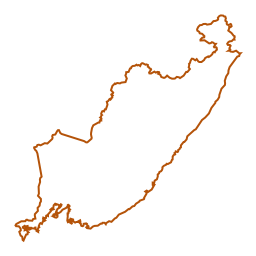 outline of Primor'ye
{"feature_id": "RUS-2611", "entity_name": "Primor'ye", "entity_type": "Territory", "adm_level": 1, "iso_a3": "RUS", "parent_name": "Russia", "parent_adm1": "", "projection": "orthographic", "projection_center": [134.86, 45.37], "detail": "fine", "context": "isolated", "style": "outline", "palette": "amber", "viewbox_px": 256, "rotation_deg": 0, "n_neighbors": 0, "source": "natural_earth", "source_scale": "10m", "svg_char_len": 5726}
<svg xmlns="http://www.w3.org/2000/svg" viewBox="0 0 256 256"><path d="M111.6,95.2L111.3,94.5L112.9,93.3L113.2,92.6L111.0,90.2L112.4,85.9L114.9,83.5L115.5,84.0L117.2,83.0L120.0,83.4L121.4,82.6L125.5,82.1L126.8,78.5L125.4,75.4L126.2,73.6L126.2,72.2L128.6,71.9L130.0,68.5L131.0,68.3L131.5,66.9L132.8,66.0L134.8,65.8L136.5,64.7L137.3,65.4L138.8,65.0L140.2,66.0L141.0,64.1L142.1,63.2L142.9,63.3L145.5,64.7L146.4,64.4L147.9,65.0L147.8,66.7L149.0,67.3L149.5,68.4L150.8,68.8L151.1,69.6L149.1,72.5L149.4,73.4L151.0,73.5L154.4,71.6L155.7,72.6L157.4,71.9L159.0,72.1L159.2,72.6L158.2,73.8L160.3,74.7L161.3,77.0L164.0,77.9L165.3,77.4L167.1,75.6L169.6,77.7L172.1,78.7L174.8,78.6L176.8,76.9L179.0,77.3L180.0,78.1L183.7,75.6L186.2,71.9L187.4,72.0L189.9,69.0L188.7,67.4L189.3,64.9L189.0,63.9L190.0,62.9L190.5,60.9L191.8,58.7L193.0,58.8L195.3,60.3L196.7,59.1L198.3,61.4L199.3,62.0L201.5,62.0L204.1,60.0L205.2,58.0L208.2,56.4L208.8,57.0L210.6,55.8L212.2,54.3L212.8,52.8L214.0,51.9L214.8,52.3L215.8,50.6L216.9,49.7L216.7,47.8L216.3,47.3L214.2,47.3L213.9,46.8L215.8,43.9L214.6,43.9L213.3,42.7L211.9,42.2L210.8,43.1L209.2,43.4L204.6,40.3L200.5,40.5L200.4,39.8L200.8,39.2L202.3,37.7L204.2,37.3L204.4,36.1L202.1,33.8L199.7,33.3L199.3,31.9L197.3,30.6L197.1,29.3L198.2,27.0L199.9,25.2L201.8,25.0L203.4,24.0L205.8,23.9L207.0,24.6L210.9,24.0L213.5,21.1L215.5,20.9L217.6,20.0L218.2,19.1L217.9,17.7L219.4,16.0L220.8,15.4L223.2,15.6L224.2,16.5L225.3,16.6L225.9,18.4L225.5,19.3L225.4,20.8L226.8,21.8L226.7,23.8L227.1,24.5L228.1,24.9L229.6,24.7L230.4,24.0L231.1,24.3L231.6,26.2L230.6,27.1L229.2,26.9L229.2,28.3L228.3,30.6L231.5,33.0L233.6,35.7L234.6,36.2L234.7,37.3L234.2,38.2L234.5,39.6L233.2,39.6L231.7,41.1L229.5,41.4L228.2,42.3L227.2,43.8L227.8,44.9L229.9,45.0L230.6,45.8L229.4,48.2L230.2,49.4L228.5,50.7L229.9,50.6L230.5,51.5L233.0,51.9L236.1,50.7L239.4,53.4L240.5,53.3L239.6,54.3L239.2,56.0L237.3,56.6L229.6,67.1L228.5,70.4L228.3,73.2L226.2,76.4L224.8,80.8L225.1,83.3L224.9,85.0L221.5,88.7L219.4,94.8L219.2,97.1L217.6,99.8L215.4,101.7L215.3,102.9L211.5,107.8L208.9,113.5L205.2,117.5L202.0,120.0L195.8,129.3L194.2,130.1L187.3,136.3L186.6,139.4L184.3,142.0L183.6,142.0L180.9,145.4L180.9,147.4L179.9,148.1L179.5,149.2L178.2,150.0L178.1,151.5L177.6,152.0L175.7,151.4L175.4,152.6L174.5,153.1L175.1,154.4L173.7,155.0L172.7,156.5L172.6,159.5L171.9,159.9L171.0,162.3L167.9,164.0L166.6,163.8L166.3,164.6L163.7,165.9L162.4,167.3L162.5,168.5L162.0,170.0L161.1,171.2L159.4,172.0L159.0,173.4L157.7,174.5L157.8,176.4L156.9,179.3L154.7,180.6L154.0,183.6L153.5,182.8L152.7,182.6L152.7,184.6L153.3,184.6L153.2,185.2L154.2,185.1L151.7,189.5L147.7,192.2L147.3,192.1L147.3,191.0L146.7,190.6L145.3,191.5L146.6,192.5L146.4,193.9L144.1,197.8L144.2,198.7L143.9,199.2L139.7,200.7L139.3,201.6L136.0,203.7L134.3,206.0L132.5,206.4L129.4,209.2L128.6,209.0L125.1,211.8L118.8,214.6L116.4,217.7L114.8,218.5L111.5,221.8L109.1,221.2L106.2,223.1L105.8,224.2L104.6,222.8L102.5,222.8L101.9,223.7L100.6,223.7L97.8,225.7L94.5,225.9L92.8,226.6L90.6,228.6L87.0,228.1L86.3,227.3L87.4,226.5L88.4,226.7L88.5,226.3L86.3,224.2L86.7,223.7L86.2,223.4L83.7,223.8L83.4,225.7L82.7,226.2L81.4,225.9L80.8,224.6L80.8,223.5L79.9,223.1L80.4,221.5L80.1,220.3L77.9,221.5L78.2,222.0L76.2,222.0L75.1,222.6L73.3,221.4L73.1,219.5L70.5,218.7L70.2,219.5L68.9,220.2L69.2,221.7L67.9,222.2L67.3,220.6L67.8,215.7L67.5,214.9L67.9,214.2L67.6,213.4L68.4,213.1L68.4,212.1L69.0,211.6L68.6,211.4L68.7,210.1L69.4,210.3L70.1,209.6L68.2,207.8L69.3,206.7L69.6,206.1L69.3,205.6L68.2,204.8L67.8,205.0L67.6,206.3L66.0,208.0L62.5,209.7L60.6,212.0L57.9,213.6L56.7,213.0L57.7,211.8L56.0,213.0L55.8,212.4L57.5,208.9L59.9,207.5L61.2,205.8L61.5,204.7L60.9,204.3L59.8,206.2L59.2,206.3L59.4,205.5L58.9,205.0L57.3,204.4L55.9,204.9L55.4,204.4L55.8,203.9L55.2,203.7L53.7,205.3L53.3,207.7L52.5,208.3L53.6,209.2L52.7,209.6L51.7,208.5L50.4,209.7L50.9,210.2L51.7,209.5L50.8,211.3L48.0,214.4L48.0,216.0L46.7,215.4L46.2,215.7L46.0,217.9L44.5,218.1L43.3,217.6L43.0,218.8L43.7,219.3L43.3,220.3L44.9,219.9L45.3,220.4L42.7,221.8L41.9,223.9L40.5,223.1L39.8,223.7L38.7,226.2L39.3,227.2L38.3,227.9L37.6,229.6L38.4,230.5L37.8,230.7L38.0,231.8L36.6,231.0L37.0,229.9L35.6,229.4L35.5,227.5L35.1,227.5L34.5,228.5L32.0,228.3L29.1,229.7L27.2,228.3L29.2,228.3L29.7,229.1L30.3,229.1L30.8,227.8L26.4,227.6L27.7,226.9L27.6,226.0L25.4,226.5L24.7,225.8L22.9,227.0L23.0,227.8L24.9,228.9L24.7,230.2L26.0,229.7L28.5,232.3L27.7,232.6L27.5,234.3L26.1,234.6L23.5,240.6L22.7,240.0L22.2,236.7L20.6,235.5L19.3,231.8L20.8,230.4L20.6,228.5L18.8,226.3L16.1,226.2L15.5,225.4L16.3,224.0L21.3,221.3L25.3,221.2L26.3,219.8L27.0,219.7L28.6,220.5L32.3,220.7L33.2,219.0L35.4,218.6L34.8,215.5L34.9,214.1L37.9,210.9L37.6,207.9L39.6,205.7L40.0,202.8L40.9,201.5L40.9,198.9L38.0,195.8L38.9,193.7L38.6,186.6L40.1,182.0L39.9,179.5L40.3,178.0L41.6,176.7L37.4,153.4L36.3,150.9L35.1,149.8L34.1,147.9L34.2,147.3L36.6,146.7L37.4,145.0L38.9,144.7L40.6,145.3L44.7,143.2L47.4,143.5L52.2,139.0L52.6,137.7L52.2,136.2L52.8,135.0L55.3,134.5L57.1,131.2L57.9,130.2L58.9,130.1L60.3,133.0L61.7,134.0L84.1,141.1L86.2,142.4L87.4,142.3L91.5,138.7L91.7,137.8L91.0,134.5L91.1,132.9L92.0,128.1L93.3,125.3L98.4,122.5L99.4,122.5L99.8,121.0L101.1,120.6L100.5,119.8L101.5,118.9L101.4,118.4L100.2,117.5L101.0,116.8L101.4,115.4L102.0,115.0L101.3,114.3L101.2,113.5L102.2,111.3L103.2,111.0L104.0,111.4L104.9,109.3L105.9,109.3L107.5,104.6L106.8,101.7L108.1,101.1L109.5,99.1L110.4,99.7L111.2,98.8L111.1,98.3L112.3,97.5L112.1,95.9L112.7,95.5L112.2,95.0L111.6,95.2ZM57.5,215.5L57.4,216.8L56.5,217.6L55.2,217.5L53.1,216.4L54.0,216.2L53.5,215.5L54.1,215.4L53.7,214.4L54.3,214.1L55.9,214.8L55.1,213.7L57.5,215.5ZM71.6,223.0L72.3,224.0L70.3,222.8L71.1,220.5L71.7,221.8L71.6,223.0Z" fill="none" stroke="#b45309" stroke-width="2"/></svg>